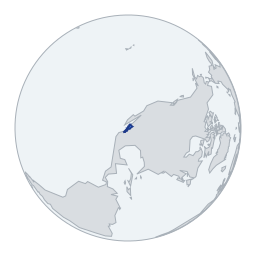 the Earth from above Sinaloa, rotated 86°
{"feature_id": "MEX-2711", "entity_name": "Sinaloa", "entity_type": "State", "adm_level": 1, "iso_a3": "MEX", "parent_name": "Mexico", "parent_adm1": "", "projection": "orthographic", "projection_center": [-107.612, 24.763], "detail": "fine", "context": "on_globe", "style": "filled", "palette": "blue", "viewbox_px": 256, "rotation_deg": 86, "n_neighbors": 0, "source": "natural_earth", "source_scale": "10m", "svg_char_len": 10576}
<svg xmlns="http://www.w3.org/2000/svg" viewBox="0 0 256 256"><g transform="rotate(86 128 128)"><circle cx="128" cy="128" r="113" fill="#eef3f6" stroke="#a8b0b8"/><path d="M24.8,170.0L25.1,170.8L24.8,170.0ZM182.8,153.9L180.3,153.3L178.3,157.0L169.5,153.5L165.7,147.6L135.7,140.6L131.9,137.4L130.9,131.9L116.1,113.9L124.7,131.1L119.8,127.9L115.1,121.8L116.7,120.3L112.1,111.2L107.1,107.7L103.2,96.3L105.9,81.8L108.2,84.1L108.6,80.7L105.8,77.8L103.9,76.7L101.5,63.4L93.1,56.4L87.8,57.6L91.1,54.9L79.2,59.9L72.9,59.7L81.7,57.9L83.8,56.2L80.4,54.9L81.9,53.0L81.1,51.4L83.2,49.3L88.2,48.8L89.6,47.5L87.1,46.7L87.6,44.4L91.1,45.7L92.3,41.8L100.8,41.0L108.4,47.4L114.8,46.4L127.0,51.7L127.6,49.9L132.6,51.2L135.1,49.8L136.7,51.5L137.3,48.9L135.4,47.6L135.1,46.1L136.4,45.2L138.6,47.1L138.2,47.9L139.6,48.0L140.1,49.4L140.6,48.2L143.1,50.9L142.6,47.0L146.2,48.1L147.4,50.2L144.7,51.6L140.7,61.0L141.0,64.1L144.2,66.9L155.5,68.4L157.0,71.5L160.8,74.4L161.2,71.9L158.4,68.7L160.1,65.0L156.4,61.9L156.5,60.0L153.8,56.5L157.0,55.5L161.6,56.5L164.0,59.5L166.1,60.1L166.0,56.2L172.8,61.1L181.0,63.5L182.4,65.1L181.2,69.7L175.5,72.1L173.9,79.4L177.7,73.2L181.3,77.9L183.0,78.3L184.5,77.3L184.3,75.1L186.1,76.6L182.9,82.9L181.2,81.6L182.2,79.5L179.6,80.8L177.5,85.7L179.4,88.0L174.2,93.8L175.5,95.6L175.1,98.1L173.3,94.7L176.4,101.1L170.5,110.7L174.6,122.4L167.5,114.3L163.2,114.2L158.1,115.4L158.7,117.3L151.3,117.1L145.8,122.2L145.6,131.9L149.6,138.7L157.7,137.8L159.3,133.4L164.8,131.5L162.7,143.0L172.5,142.6L172.6,150.7L175.7,154.1L180.2,152.0L185.0,152.7L187.7,147.3L192.4,143.3L193.2,149.6L195.3,143.0L198.3,145.1L207.3,141.3L206.8,143.1L214.4,147.2L221.5,146.6L223.1,150.1L222.4,153.4L224.5,152.7L224.6,154.5L232.0,151.1L234.9,152.0L234.1,158.0L230.4,167.6L223.9,183.5L216.5,192.5L212.5,198.6L203.0,208.8L198.7,210.7L197.8,213.2L193.7,216.4L190.3,218.0L187.9,220.4L185.4,221.4L185.8,222.1L179.0,226.2L177.9,227.7L172.4,230.6L171.7,231.2L170.6,231.6L168.7,232.4L167.6,232.9L165.2,233.2L167.4,231.2L170.4,229.6L168.9,229.9L175.6,225.5L173.0,226.8L178.2,220.9L184.1,215.0L192.5,197.8L191.4,194.9L185.1,192.7L177.7,181.0L180.5,174.4L178.6,172.0L185.0,161.7L182.8,153.9ZM48.7,124.7L49.2,122.0L50.1,124.1L48.7,124.7ZM48.6,120.2L48.6,121.2L48.5,120.3L48.6,120.2ZM48.0,119.5L48.5,120.0L47.8,119.6L48.0,119.5ZM47.0,118.8L47.6,119.0L47.0,118.8ZM175.0,126.5L186.2,129.5L180.7,131.7L181.6,130.4L178.6,128.8L173.3,127.8L168.2,130.3L175.0,126.5ZM45.8,116.9L45.5,116.4L46.1,116.4L45.8,116.9ZM178.0,118.9L176.2,118.9L177.9,118.4L178.0,118.9ZM102.8,76.7L105.6,78.0L107.6,81.4L105.0,80.5L102.8,76.7ZM99.3,70.5L101.0,70.4L100.4,73.7L99.6,72.7L99.3,70.5ZM83.6,59.1L85.7,59.7L83.2,59.8L83.6,59.1ZM80.6,51.5L79.6,52.0L79.6,51.0L80.6,51.5ZM152.2,57.4L153.0,57.0L153.1,57.8L152.2,57.4ZM150.3,56.3L149.9,57.6L148.9,57.3L149.2,56.5L150.3,56.3ZM82.8,47.0L83.2,45.3L83.7,46.9L82.8,47.0ZM151.0,54.8L147.2,56.6L145.5,56.1L145.1,52.8L151.0,54.8ZM84.0,44.3L84.9,40.7L82.6,41.4L89.5,37.7L86.5,41.8L87.4,43.5L85.6,43.3L84.0,44.3ZM134.2,47.6L136.3,48.9L133.4,48.7L134.2,47.6ZM132.4,47.9L123.9,50.0L121.5,47.8L124.8,47.5L120.7,45.6L123.7,43.5L126.7,44.0L127.6,45.8L128.1,43.7L132.4,47.9ZM93.1,36.4L94.1,35.5L94.0,36.3L93.1,36.4ZM134.7,45.5L133.2,46.0L131.0,44.1L133.6,42.8L133.5,43.8L134.7,45.5ZM118.2,46.2L117.0,44.7L119.1,42.6L118.9,41.7L123.6,43.2L118.2,46.2ZM134.6,43.8L135.0,42.2L137.2,42.3L136.0,44.9L134.6,43.8ZM129.3,44.3L128.4,43.4L129.7,43.4L129.3,44.3ZM145.3,42.2L143.6,42.6L142.2,41.7L145.3,42.2ZM135.0,41.6L134.2,41.6L133.5,41.3L134.2,40.3L135.0,41.6ZM124.8,41.7L125.9,41.2L123.0,40.9L124.4,39.5L127.3,40.8L126.7,39.6L127.1,39.2L128.9,40.8L124.8,41.7ZM132.7,38.6L136.8,40.1L140.4,39.3L141.7,40.1L135.7,41.2L132.7,38.6ZM130.3,39.7L132.1,39.2L132.8,40.3L132.0,41.4L130.3,39.7ZM124.4,38.1L121.4,40.0L120.9,39.6L124.4,38.1ZM133.6,38.1L132.6,37.8L133.8,37.9L133.6,38.1ZM127.1,37.8L126.1,38.4L125.5,38.0L127.1,37.8ZM131.4,36.6L132.7,37.1L132.2,37.8L131.4,36.6ZM129.3,37.0L128.8,36.2L131.3,37.8L129.0,37.3L129.3,37.0ZM126.7,37.3L126.1,37.2L127.2,37.1L126.7,37.3ZM132.5,33.8L135.7,35.6L134.7,37.1L131.6,35.1L132.5,33.8ZM168.4,233.0L165.0,233.4L167.3,233.1L171.0,231.6L172.0,231.6L168.4,233.0ZM178.4,228.5L181.4,227.0L181.5,227.0L179.5,228.1L178.4,228.5ZM238.9,108.3L236.9,102.0L235.0,95.1L232.5,89.4L217.5,60.5L216.8,58.8L213.7,54.9L219.0,61.6L223.8,68.7L228.0,76.1L231.6,83.8L234.7,91.8L237.1,100.0L238.9,108.3ZM200.1,41.4L205.0,46.0L215.1,56.8L217.1,59.9L217.1,60.9L209.5,53.3L205.8,47.4L203.0,45.1L200.5,44.2L199.5,42.6L198.0,41.7L196.3,39.7L190.6,35.5L188.3,33.6L182.9,30.8L181.0,29.6L184.8,31.5L186.1,32.0L180.1,28.2L178.1,27.1L175.0,25.8L173.8,25.1L171.6,24.3L166.6,22.2L170.9,24.3L167.4,23.3L162.7,21.7L162.3,21.8L170.0,24.5L172.4,25.4L173.2,25.4L180.4,28.6L183.1,30.2L178.5,28.7L181.9,31.0L176.9,29.2L159.1,22.2L153.3,20.3L150.5,18.1L153.6,18.7L156.2,19.6L156.7,19.2L155.3,19.0L154.2,18.6L150.7,18.0L149.8,17.7L147.9,17.7L146.4,17.3L147.6,17.3L141.0,16.5L137.0,15.9L135.9,15.9L136.0,16.1L130.8,15.5L130.3,15.6L131.8,15.7L131.6,16.0L129.4,16.4L127.8,16.2L128.3,16.0L127.1,15.5L128.9,15.4L128.0,15.4L126.0,15.5L127.6,16.0L126.7,16.4L125.5,16.0L125.9,16.1L124.9,16.3L122.4,16.3L123.5,16.7L115.3,19.5L109.7,20.2L109.5,19.3L102.0,22.2L96.3,23.4L97.6,23.4L95.0,25.3L96.7,24.9L97.2,25.1L91.1,30.5L88.4,31.8L87.4,34.9L88.1,35.0L90.0,34.1L89.5,37.7L82.6,41.4L81.4,40.8L77.9,43.8L75.6,42.4L72.0,42.8L71.5,40.0L68.7,40.9L67.7,42.0L63.2,44.2L57.5,45.6L66.7,39.5L76.1,38.0L72.7,38.0L74.8,36.7L74.4,35.9L71.8,36.3L70.7,37.1L73.6,31.9L70.2,32.0L67.1,34.5L63.6,36.8L57.0,40.7L56.8,40.7L63.3,35.8L70.1,31.4L77.3,27.4L84.7,24.0L92.4,21.1L100.2,18.8L108.2,17.1L116.3,16.0L124.5,15.4L132.6,15.5L140.8,16.1L148.9,17.3L156.8,19.1L164.7,21.5L172.3,24.4L179.7,27.9L186.8,31.9L193.6,36.4L200.1,41.4ZM225.5,72.2L226.5,74.0L225.5,72.2ZM207.5,141.1L208.7,141.9L207.3,142.5L207.5,141.1ZM180.4,134.6L182.6,134.2L183.9,134.9L182.3,135.7L180.4,134.6ZM197.4,129.5L199.6,129.3L197.5,130.7L197.4,129.5ZM187.9,129.8L195.6,130.0L191.4,133.4L186.5,133.3L189.6,131.8L187.9,129.8ZM178.0,122.9L179.4,123.0L179.3,124.3L178.0,122.9ZM179.3,118.5L178.8,118.8L177.9,118.0L179.3,118.5ZM181.4,77.6L181.8,77.1L183.5,76.6L183.1,77.8L181.4,77.6ZM188.2,69.8L191.0,72.4L188.8,71.2L188.8,73.1L184.3,73.2L182.9,65.9L184.3,69.1L188.2,69.8ZM177.8,71.7L180.9,72.2L177.6,72.0L177.8,71.7ZM191.4,39.4L191.9,39.0L194.2,40.5L197.0,43.7L193.8,41.5L191.4,39.4ZM192.1,38.2L186.7,36.3L184.7,34.5L186.8,35.8L186.0,34.8L189.0,36.6L192.4,37.2L194.6,38.6L198.6,43.3L196.1,40.8L195.8,41.2L192.1,38.2ZM176.5,37.2L174.2,37.1L172.9,33.2L175.3,33.8L178.3,36.9L177.2,38.0L176.5,37.2ZM151.1,48.8L150.3,49.6L149.7,49.0L149.9,47.8L151.1,48.8ZM144.6,42.5L154.1,45.1L153.6,46.0L159.7,46.9L160.9,49.7L156.9,49.0L162.4,52.0L159.2,52.5L163.1,54.4L154.1,52.5L151.5,53.3L153.9,51.3L152.9,48.6L151.7,47.7L146.3,45.8L140.3,46.6L138.3,44.3L138.5,42.5L139.7,42.0L140.6,43.6L141.5,41.7L143.7,43.7L144.6,42.5ZM142.2,26.9L142.8,28.2L145.0,26.2L147.2,27.6L147.3,27.2L150.0,28.0L153.4,28.5L154.0,29.3L155.0,29.2L156.8,29.8L158.5,29.9L160.2,31.4L162.3,31.8L161.9,32.3L165.2,32.6L163.5,33.1L165.7,34.2L166.2,33.1L171.3,42.4L174.8,46.3L178.6,49.6L175.2,50.4L169.5,48.1L163.2,44.6L160.3,40.8L159.3,42.0L157.7,40.7L159.1,40.3L155.9,40.1L154.9,38.9L149.3,36.7L145.1,37.5L143.0,36.9L144.1,36.0L141.2,36.0L141.8,33.9L140.3,33.5L139.5,31.1L142.6,29.9L140.6,29.5L139.9,27.9L142.2,26.9ZM132.4,33.1L135.6,31.0L138.4,30.8L138.7,35.0L139.9,35.7L140.2,38.7L136.2,39.0L136.5,38.1L135.8,37.3L137.4,37.5L135.6,36.8L136.0,35.5L134.7,34.7L136.1,34.2L132.4,33.1ZM183.7,30.8L182.4,29.9L182.9,30.1L184.4,30.9L183.7,30.8ZM149.1,22.3L149.0,22.8L148.2,22.7L145.9,23.4L144.0,22.6L144.7,21.9L149.1,22.3ZM146.7,21.6L146.0,21.9L145.5,21.3L146.7,21.6ZM142.6,22.1L141.7,21.5L143.5,22.6L142.6,22.1ZM130.0,17.5L135.3,17.1L138.0,16.9L137.5,16.4L140.4,17.1L136.4,17.5L130.0,17.5ZM117.3,19.2L117.7,19.9L116.0,19.9L115.7,19.8L117.3,19.2ZM118.6,19.4L121.9,19.7L121.2,20.3L118.7,19.9L118.6,19.4ZM134.5,19.9L136.2,19.8L136.5,20.3L134.5,19.9ZM24.3,170.4L25.2,172.3L24.6,171.5L24.3,170.4ZM25.1,170.8L24.4,169.9L24.8,170.0L25.1,170.8ZM48.2,48.5L48.9,47.8L49.1,47.7L46.2,50.6L45.0,51.8L48.2,48.5ZM50.1,46.7L54.1,43.5L51.0,46.6L49.5,47.9L48.9,48.0L50.6,46.4L50.1,46.7ZM54.1,43.7L55.8,42.1L65.0,36.0L66.2,35.6L57.6,41.4L58.6,40.3L56.9,41.4L54.1,43.7ZM93.0,35.5L94.0,35.5L92.7,36.1L93.0,35.5ZM98.2,24.8L98.6,25.2L97.2,25.7L98.2,24.8ZM99.0,26.6L100.3,25.7L99.6,26.7L99.0,26.6ZM103.2,24.0L101.2,25.4L102.1,23.9L103.2,24.0Z" fill="#d9dde1" stroke="#a8b0b8" stroke-width="1"/><path d="M131.4,132.4L131.3,132.2L131.1,132.0L131.1,131.9L130.9,131.8L130.9,131.7L130.9,131.8L130.5,131.4L130.4,131.3L130.2,131.1L130.1,130.9L130.0,130.7L129.9,130.6L129.8,130.4L129.7,130.4L129.6,130.2L129.4,130.1L129.3,129.9L129.0,129.5L128.9,129.5L128.9,129.4L128.4,129.1L128.2,128.9L127.7,128.6L127.9,128.6L128.1,128.8L128.1,128.7L128.1,128.8L128.2,128.7L127.9,128.6L127.7,128.4L127.4,128.2L127.4,128.3L127.5,128.4L127.7,128.5L127.6,128.4L127.3,128.2L127.2,128.0L127.2,127.9L127.2,128.0L127.3,128.0L127.3,127.9L127.3,127.7L127.2,127.5L127.2,127.9L126.9,127.5L126.8,127.4L126.7,127.3L126.8,127.3L127.0,127.5L127.0,127.4L127.1,127.5L127.3,127.5L127.1,127.3L126.9,127.2L126.7,127.2L126.8,127.2L126.7,127.1L126.3,126.9L126.2,126.9L126.3,126.8L126.2,126.8L126.1,126.7L126.0,126.8L125.9,126.7L126.0,126.7L125.9,126.7L125.8,126.4L125.7,126.4L125.7,126.5L125.4,126.6L125.4,126.4L125.5,126.4L125.6,126.5L125.6,126.4L125.7,126.2L125.8,126.2L125.7,126.1L125.8,126.1L125.8,125.9L125.8,126.0L125.7,126.1L125.5,126.3L125.4,126.4L125.2,126.2L125.2,126.3L125.3,126.4L125.2,126.4L124.9,126.3L124.8,126.2L125.0,126.2L124.9,126.0L124.8,125.8L124.8,125.7L124.8,125.4L125.0,125.2L125.3,124.9L125.3,125.0L125.2,125.0L125.3,125.1L125.3,124.9L125.7,124.6L126.4,124.0L126.4,123.8L126.5,123.6L126.7,123.4L126.7,123.5L126.8,123.5L127.0,123.7L127.3,123.8L127.3,124.0L127.5,124.2L127.5,124.3L127.6,124.7L127.7,125.1L128.3,125.3L128.5,125.4L128.5,125.6L128.6,125.8L128.8,125.9L128.9,126.0L129.0,126.1L129.2,126.3L129.0,126.5L128.9,126.6L128.9,127.1L129.0,127.5L129.2,127.8L129.3,127.9L129.4,128.0L129.5,128.1L129.6,128.3L129.8,128.5L129.8,128.8L130.0,128.9L130.3,128.8L130.4,128.7L130.5,128.7L130.6,128.8L130.8,128.9L130.8,129.0L131.0,129.3L131.0,129.6L131.0,129.8L131.1,130.0L131.2,130.3L131.3,130.4L131.4,130.5L131.5,130.8L131.6,131.0L131.8,131.1L132.0,131.1L132.0,131.4L131.9,131.4L131.9,131.5L131.7,131.8L131.8,132.0L131.9,132.3L131.7,132.3L131.5,132.5L131.4,132.4ZM125.7,126.6L125.9,126.7L125.9,126.8L125.8,126.7L125.7,126.7L125.7,126.6Z" fill="#3b82f6" stroke="#1e3a8a" stroke-width="1.5"/></g></svg>